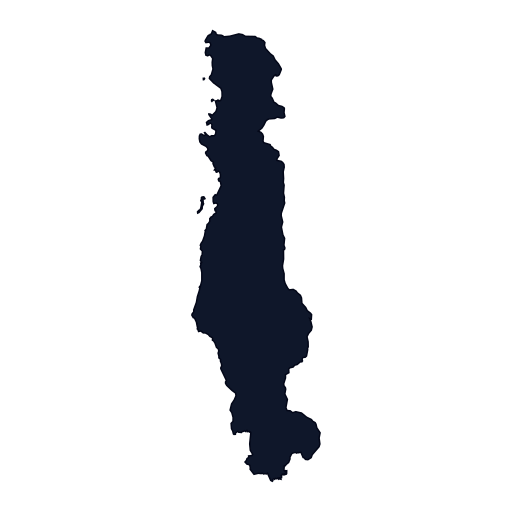 outline of Barru, Sulawesi Selatan, Indonesia
{"feature_id": "22746128B81694843903641", "entity_name": "Barru", "entity_type": "district", "adm_level": 2, "iso_a3": "IDN", "parent_name": "Indonesia", "parent_adm1": "Sulawesi Selatan", "projection": "natural_earth1", "projection_center": [119.645, -4.434], "detail": "fine", "context": "isolated", "style": "filled", "palette": "ink", "viewbox_px": 512, "rotation_deg": 0, "n_neighbors": 0, "source": "geoboundaries", "source_scale": "gbopen_adm2", "svg_char_len": 6057}
<svg xmlns="http://www.w3.org/2000/svg" viewBox="0 0 512 512"><path d="M212.6,30.7L211.3,34.0L210.1,34.4L209.5,35.4L208.8,35.2L208.0,35.8L205.3,40.4L205.1,41.3L205.9,42.6L209.1,42.2L210.1,42.8L210.8,44.7L210.6,45.7L208.8,48.1L206.2,48.0L205.3,52.6L205.9,55.2L207.7,55.8L209.5,54.8L210.8,55.7L212.7,58.5L212.2,62.2L212.3,65.6L213.0,69.0L211.3,74.9L209.7,76.7L209.4,78.5L213.6,82.9L220.9,88.3L222.0,91.6L222.1,96.4L220.9,100.0L219.6,101.1L218.9,101.2L218.8,100.3L217.9,100.0L217.1,100.7L215.4,101.0L217.1,107.7L216.3,110.5L215.7,111.8L212.2,115.3L210.6,114.2L208.9,113.9L208.9,114.6L211.7,118.7L211.7,119.6L208.4,120.7L206.5,122.4L207.1,125.0L208.9,124.3L209.0,123.6L209.6,123.1L210.8,123.3L211.6,124.1L212.0,124.8L211.7,127.0L212.0,128.1L215.8,130.3L215.9,132.0L215.4,134.5L214.1,135.8L211.7,135.7L209.6,136.8L207.0,134.8L204.9,132.5L204.5,132.7L205.7,134.4L204.1,135.6L201.5,134.0L200.2,134.2L199.4,136.0L199.3,138.8L199.9,141.9L201.5,144.0L206.0,146.3L207.4,147.8L207.9,149.2L207.7,150.5L205.7,152.1L205.6,153.1L206.9,155.6L208.2,156.2L211.0,160.6L213.4,162.3L213.0,163.6L214.3,166.8L215.6,167.9L214.4,170.0L215.9,170.1L215.7,170.9L216.3,172.2L216.9,172.2L218.3,171.0L219.7,172.2L220.4,174.3L220.4,177.3L220.0,178.0L218.6,178.5L218.3,179.4L218.8,181.0L220.0,181.3L220.4,181.9L221.2,185.7L217.0,194.6L216.4,195.2L215.2,194.7L213.1,197.3L213.2,201.6L213.8,203.5L216.0,203.0L217.3,203.7L217.6,204.3L217.7,205.4L217.0,206.7L214.8,208.6L214.9,210.0L215.2,210.7L215.7,210.6L216.2,212.9L213.7,214.4L212.6,216.3L210.5,217.4L210.5,218.3L209.8,218.6L209.8,221.3L208.4,223.5L207.1,224.5L206.3,229.2L205.1,230.4L205.4,230.7L204.5,235.9L202.6,241.2L201.1,243.3L200.3,245.3L200.9,246.5L200.4,248.9L202.4,251.2L202.1,255.3L201.6,255.6L201.1,256.7L200.4,260.5L201.7,262.3L201.2,263.2L200.7,263.1L200.9,264.7L200.1,266.6L201.0,268.5L201.8,272.6L201.8,280.8L200.3,286.5L199.7,286.4L199.3,287.2L200.0,287.5L199.2,291.0L197.4,296.6L196.4,302.4L193.7,309.9L193.8,311.7L192.0,314.1L191.9,315.3L193.3,317.7L194.5,318.0L196.9,323.1L196.6,323.1L197.2,326.3L197.6,326.4L197.3,328.9L197.7,329.0L198.6,331.5L200.8,331.0L203.2,332.9L205.3,332.9L208.3,334.5L209.9,336.4L212.2,337.6L212.6,338.4L212.4,340.1L213.7,341.0L215.0,343.1L216.5,347.4L218.2,348.7L218.8,350.9L218.1,353.1L218.9,356.2L218.9,357.9L220.6,359.4L220.4,361.0L221.5,363.9L221.7,366.1L220.9,367.4L220.8,368.7L226.1,379.8L226.3,380.7L225.5,382.0L225.6,383.5L226.8,385.5L232.1,390.5L235.6,393.1L236.0,395.8L234.2,400.0L231.6,403.9L230.1,410.1L231.8,412.6L233.1,417.5L233.0,421.4L231.1,423.4L231.5,428.7L232.7,431.0L233.4,433.9L233.9,434.4L235.4,434.3L235.6,432.8L237.9,431.3L238.6,432.2L241.5,432.5L242.4,431.4L243.5,431.4L244.4,430.7L245.5,431.5L246.7,430.4L247.2,430.5L247.3,431.7L249.3,431.3L249.5,432.1L250.5,432.0L250.8,432.8L249.7,443.9L250.3,450.3L252.7,454.3L251.7,455.6L248.6,455.9L248.7,457.4L247.0,458.6L246.4,460.4L245.0,462.0L246.9,464.1L248.9,464.6L249.8,465.3L250.3,467.9L250.1,469.2L254.0,474.3L258.3,473.3L261.3,473.6L262.2,473.2L263.6,474.0L265.1,473.6L266.3,474.0L267.5,473.2L270.7,480.4L272.3,481.3L272.9,480.6L272.7,479.5L273.8,478.7L274.7,479.3L275.3,478.4L276.8,478.8L278.1,477.9L278.9,478.1L278.3,478.8L278.7,479.2L279.1,478.8L280.8,479.2L280.1,477.8L281.5,477.8L281.7,476.9L281.1,475.4L282.2,474.9L282.3,474.2L283.9,474.1L283.3,474.8L284.0,474.9L284.8,474.6L284.8,474.0L285.5,474.4L286.4,474.1L286.7,473.2L285.6,472.0L286.7,471.9L286.7,470.7L285.4,471.0L285.2,470.0L284.9,471.2L283.9,470.2L284.3,465.7L285.4,465.7L286.0,464.6L288.6,462.5L290.0,459.0L289.9,457.3L291.9,453.4L294.3,452.6L295.8,452.6L296.7,453.1L297.5,452.6L298.3,452.8L300.9,452.2L303.1,457.5L304.4,458.0L305.4,459.4L307.9,459.7L311.2,457.6L312.2,454.7L319.0,446.8L319.9,444.0L319.1,438.0L320.1,432.8L316.8,427.8L316.0,424.2L315.1,422.6L312.6,421.2L311.5,419.6L306.6,417.2L301.5,413.0L295.8,411.7L292.6,412.7L290.2,410.8L287.0,410.5L285.9,407.6L287.4,399.4L284.8,394.0L285.7,389.2L285.4,387.7L283.9,385.6L283.7,383.7L285.5,378.0L285.5,374.6L288.9,372.7L288.7,369.1L289.6,367.9L293.2,367.0L294.6,365.2L297.2,364.5L300.2,361.9L301.9,361.8L302.5,360.9L302.1,359.6L302.4,358.1L303.1,357.5L305.3,357.2L306.5,356.0L307.7,349.7L307.5,348.6L308.2,346.8L308.1,341.8L307.0,336.7L308.6,333.4L311.3,330.2L312.1,326.9L310.9,321.8L309.6,318.5L311.3,319.2L311.6,314.6L310.5,313.2L307.2,310.6L305.7,307.5L301.9,303.3L301.5,297.9L300.4,295.3L297.3,292.8L296.1,291.1L293.2,289.4L289.3,289.9L287.9,288.5L286.4,285.8L285.1,283.3L284.1,279.8L284.1,273.7L282.7,268.4L282.5,265.7L283.6,259.1L283.5,249.7L284.5,249.5L284.9,248.0L283.9,245.2L284.6,238.3L282.9,234.9L281.4,227.1L282.7,222.0L281.2,215.7L281.3,213.2L284.7,203.0L284.2,200.6L284.4,197.3L283.5,193.2L284.1,185.1L283.3,182.5L283.6,178.6L283.2,171.8L284.2,167.2L284.0,164.4L282.7,162.5L281.2,161.3L276.9,160.4L277.0,158.7L279.1,155.5L278.5,151.7L276.3,150.2L274.0,149.4L272.4,147.3L270.8,146.2L270.1,144.6L263.8,142.7L263.0,141.2L263.4,136.5L262.6,134.2L261.0,132.4L258.2,131.1L261.8,128.2L263.8,125.2L265.8,121.1L267.7,119.5L269.2,118.9L274.7,118.5L277.3,117.1L280.9,118.0L283.0,117.9L283.9,117.6L284.9,116.4L284.0,112.5L284.4,108.7L284.1,107.8L281.9,106.4L278.4,105.5L275.6,103.0L274.0,102.3L272.2,98.2L270.7,96.3L271.0,93.9L272.8,89.1L271.3,82.3L271.3,80.0L273.8,76.2L275.5,74.6L275.9,74.7L276.1,75.9L276.8,76.0L277.9,75.8L279.2,74.7L281.3,69.5L281.2,68.7L278.4,63.8L275.0,59.8L273.2,56.0L270.3,53.8L265.5,48.5L264.5,45.3L264.9,42.5L263.3,40.6L261.5,40.1L261.6,39.4L258.8,38.2L257.4,38.2L255.1,36.5L245.3,36.3L242.5,34.6L238.8,33.9L229.9,36.2L223.4,36.8L222.9,35.8L221.2,35.2L217.4,35.0L215.9,33.7L215.7,32.4L212.6,30.7ZM205.0,198.6L203.8,196.8L202.0,197.0L201.4,197.6L201.4,199.2L200.8,200.6L201.8,202.2L201.1,206.5L200.6,208.7L199.7,210.0L198.9,210.3L197.5,211.8L197.7,213.1L199.0,212.5L202.1,208.8L202.3,206.4L203.6,203.8L203.2,202.8L203.0,199.4L203.8,198.7L204.7,199.0L205.0,198.6ZM211.9,101.4L212.3,100.9L213.7,100.1L212.7,99.3L211.7,99.7L211.5,100.9L211.9,101.4ZM203.8,79.7L204.6,78.7L204.4,78.2L203.3,78.3L203.4,79.7L203.8,79.7Z" fill="#0f172a" stroke="#020617" stroke-width="1.5"/></svg>